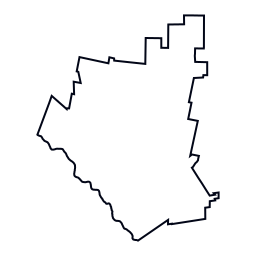 Banda, Santiago del Estero, Argentina (Robinson projection)
{"feature_id": "61730980B71346119241334", "entity_name": "Banda", "entity_type": "district", "adm_level": 2, "iso_a3": "ARG", "parent_name": "Argentina", "parent_adm1": "Santiago del Estero", "projection": "robinson", "projection_center": [-64.338, -27.421], "detail": "fine", "context": "isolated", "style": "outline", "palette": "ink", "viewbox_px": 256, "rotation_deg": 0, "n_neighbors": 0, "source": "geoboundaries", "source_scale": "gbopen_adm2", "svg_char_len": 4177}
<svg xmlns="http://www.w3.org/2000/svg" viewBox="0 0 256 256"><path d="M81.3,180.8L81.5,181.1L81.8,181.4L82.1,181.7L82.7,181.9L83.1,182.0L83.9,182.1L84.9,182.2L85.8,182.2L86.4,182.0L87.0,181.9L87.8,181.7L88.5,181.7L89.2,181.8L89.8,182.2L90.4,182.9L90.5,183.4L90.6,183.9L90.7,184.4L90.9,185.1L90.9,185.8L91.0,186.5L91.1,187.1L91.2,187.7L91.5,188.4L91.8,188.8L92.2,189.2L92.6,189.3L93.1,189.6L93.8,189.7L94.4,189.7L95.3,189.8L96.1,189.8L96.7,189.8L97.4,189.9L98.0,190.0L98.5,190.4L98.9,190.8L99.2,191.6L99.3,192.0L99.5,193.1L99.6,193.7L99.6,194.3L99.8,194.7L99.9,195.3L100.2,195.7L100.5,196.3L100.8,196.8L101.0,197.2L101.4,197.8L101.8,198.1L102.0,198.6L102.5,199.1L102.6,199.6L103.0,200.1L103.3,200.7L103.7,201.2L104.1,201.7L104.7,202.1L105.2,202.3L105.5,202.6L105.9,203.3L106.3,203.7L106.9,203.8L107.6,203.7L108.3,203.4L108.7,203.4L109.4,203.6L109.8,204.1L110.3,204.9L110.5,205.4L110.6,206.0L110.7,206.3L110.9,206.7L111.1,206.9L111.2,207.3L111.2,207.7L111.2,208.0L111.3,208.5L111.4,208.8L111.6,209.1L111.6,209.5L111.7,209.8L111.7,210.2L111.8,210.5L112.0,210.8L112.2,211.0L112.4,211.3L112.4,211.8L112.3,212.2L112.2,212.7L112.1,213.2L112.2,213.6L112.2,214.0L112.4,214.2L112.4,214.6L112.4,214.8L112.4,215.1L112.4,215.8L112.5,216.3L112.8,217.1L112.9,217.5L112.9,217.9L113.2,218.3L113.5,218.8L114.0,219.3L114.4,219.8L114.9,220.2L115.7,220.6L116.4,220.8L117.1,220.9L117.9,220.9L118.9,221.0L119.9,221.3L120.3,221.7L120.9,222.3L121.5,223.0L121.9,223.7L122.1,224.4L122.7,225.5L123.1,226.4L123.7,227.7L124.2,228.4L124.5,228.7L125.2,228.8L125.9,229.1L126.6,229.4L127.2,229.9L127.7,230.4L128.5,230.9L129.5,231.7L129.9,232.0L130.0,232.1L130.3,232.4L130.8,233.0L131.5,233.7L131.9,234.4L132.2,235.0L132.5,235.6L132.6,236.2L132.6,236.9L132.5,237.6L132.5,238.0L132.5,238.4L132.8,238.8L133.2,239.4L133.9,239.7L134.5,239.8L135.4,240.0L135.7,240.0L136.4,240.0L137.2,240.2L137.8,240.5L138.0,240.6L168.1,219.9L168.0,224.3L171.9,223.7L171.9,224.1L205.3,218.9L205.2,207.7L209.7,207.1L209.8,201.2L215.2,200.4L214.7,198.8L218.6,198.2L218.6,195.7L218.6,192.5L213.7,193.2L215.0,194.7L209.7,195.6L206.1,190.0L201.9,183.3L198.4,178.0L191.9,167.7L193.0,166.9L195.3,163.3L195.9,162.7L196.6,162.2L198.0,160.3L198.2,158.7L198.9,155.9L192.0,154.5L190.2,155.9L197.8,120.9L188.2,119.0L189.9,110.7L191.5,102.7L188.9,102.2L193.3,80.9L193.9,78.0L203.1,77.5L203.4,75.1L207.2,75.2L207.2,62.2L195.2,61.9L194.8,55.8L195.0,53.7L195.1,48.4L203.8,48.5L203.9,47.7L204.0,15.5L197.8,15.5L191.7,15.4L184.0,15.4L184.1,24.3L168.3,24.5L168.1,47.9L161.3,47.8L161.3,38.2L145.7,38.0L145.3,63.9L131.8,62.5L114.2,60.6L114.1,58.4L109.4,57.3L108.4,63.3L79.5,57.1L78.2,63.7L76.7,71.4L78.3,71.8L80.7,83.0L73.7,81.7L74.1,94.2L71.8,93.7L69.1,108.4L66.8,108.3L66.7,109.1L51.7,95.9L48.8,104.1L48.7,104.3L37.4,134.7L37.7,135.0L38.1,135.2L38.5,135.4L39.1,135.7L39.7,135.9L40.2,136.0L40.7,136.2L41.1,136.3L41.5,136.8L41.8,137.2L42.1,137.7L42.3,138.1L42.6,138.8L42.8,139.0L43.2,139.4L43.6,139.8L43.9,140.2L44.4,140.8L45.0,141.1L45.7,141.4L46.3,141.7L46.7,141.9L47.4,142.2L47.8,142.6L48.2,143.2L48.6,143.7L48.9,144.2L49.3,145.2L49.7,146.1L50.0,146.8L50.4,147.5L50.5,148.2L50.8,148.6L51.0,148.8L51.6,149.5L52.0,149.6L52.8,149.6L53.6,149.6L54.4,149.4L55.2,149.2L55.6,149.0L56.4,148.8L57.2,148.7L58.6,148.8L59.5,148.8L60.1,148.8L60.8,148.8L61.6,148.9L62.2,149.0L62.9,149.4L63.4,150.3L63.8,150.9L64.2,151.6L64.6,152.0L65.2,152.6L65.8,153.3L66.1,153.9L66.4,154.6L66.7,155.4L67.1,156.3L67.6,157.0L68.1,157.7L68.4,158.4L68.9,159.0L69.8,159.8L70.2,160.2L70.7,160.6L71.2,160.9L71.6,161.2L72.1,161.5L72.5,161.8L72.8,162.1L73.0,162.3L73.3,162.5L73.7,162.9L73.9,163.3L74.2,163.7L74.6,164.3L74.7,164.7L75.0,165.1L75.0,165.8L75.0,166.4L75.1,167.0L75.1,167.5L75.0,168.2L75.0,168.7L74.8,169.5L74.8,170.0L74.8,170.6L74.6,171.1L74.5,171.5L74.5,171.9L74.4,172.6L74.3,173.1L74.2,173.5L74.2,173.8L74.2,174.2L74.3,174.6L74.3,175.1L74.4,175.4L74.5,175.7L74.7,175.9L75.0,176.3L75.3,176.5L75.6,176.7L76.1,177.0L76.4,177.1L76.7,177.1L77.1,177.3L77.4,177.4L77.8,177.5L78.3,177.7L78.6,177.9L78.8,178.3L79.0,178.4L79.3,178.6L79.6,178.9L79.7,179.0L79.9,179.3L80.2,179.5L80.3,179.7L80.5,180.0L80.8,180.2L81.0,180.5L81.3,180.8Z" fill="none" stroke="#020617" stroke-width="2"/></svg>